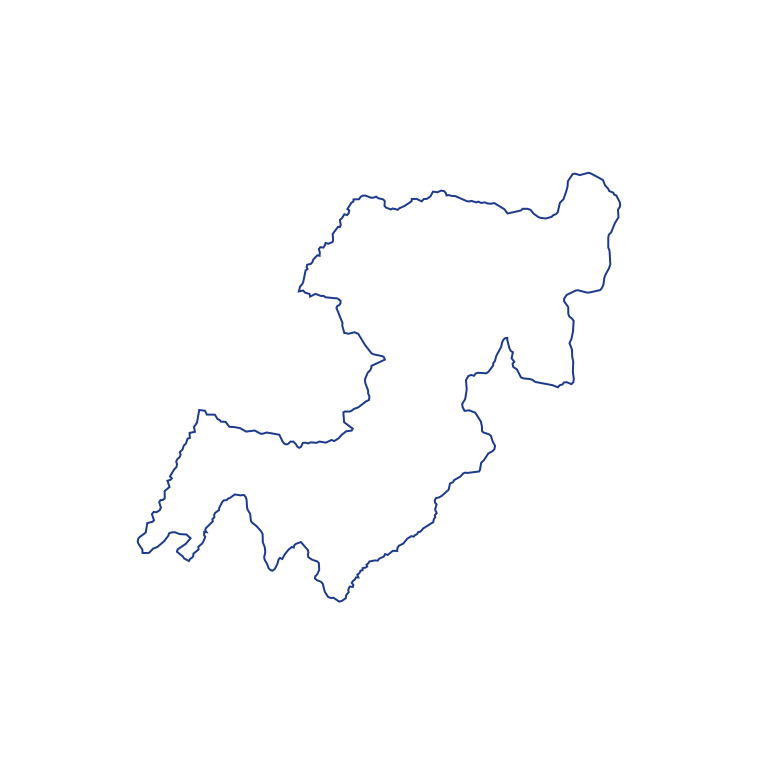 Coração de Jesus, Minas Gerais, Brazil, rotated 336°
{"feature_id": "56859067B17477073660102", "entity_name": "Coração de Jesus", "entity_type": "district", "adm_level": 2, "iso_a3": "BRA", "parent_name": "Brazil", "parent_adm1": "Minas Gerais", "projection": "orthographic", "projection_center": [-44.426, -16.615], "detail": "fine", "context": "isolated", "style": "outline", "palette": "blue", "viewbox_px": 768, "rotation_deg": 336, "n_neighbors": 0, "source": "geoboundaries", "source_scale": "gbopen_adm2", "svg_char_len": 6147}
<svg xmlns="http://www.w3.org/2000/svg" viewBox="0 0 768 768"><g transform="rotate(336 384 384)"><path d="M343.9,264.8L348.1,265.7L349.1,268.5L352.6,271.5L352.1,274.1L358.0,273.8L362.3,278.0L364.6,278.9L366.0,281.1L376.4,287.0L378.2,290.4L377.0,292.6L375.3,293.7L373.2,293.7L371.5,295.1L370.9,311.4L369.6,313.7L368.5,321.2L372.2,323.7L378.0,324.7L380.9,327.7L382.5,340.5L385.0,350.7L386.5,352.6L393.8,357.9L394.9,359.6L394.7,362.1L379.9,362.3L378.9,364.2L376.7,366.0L374.0,366.9L369.9,370.6L368.2,372.5L367.3,375.5L366.8,383.7L365.6,386.3L365.6,389.5L363.8,392.5L360.5,392.6L350.8,394.9L346.5,394.5L343.7,395.2L341.5,395.2L337.3,393.3L335.3,393.4L332.0,402.7L337.3,412.1L335.5,413.4L330.3,411.8L324.3,413.3L320.7,415.1L315.3,415.9L313.3,413.8L307.0,413.9L301.6,410.3L298.4,410.3L293.4,407.5L290.5,407.4L288.2,405.6L285.9,404.8L282.6,407.6L280.5,407.8L279.3,405.9L279.1,403.4L277.8,399.8L275.0,398.6L272.3,399.7L270.2,399.5L268.7,398.1L268.0,395.5L267.7,387.7L257.1,380.6L252.9,380.1L250.9,379.1L247.0,373.9L238.7,371.4L234.6,365.8L229.3,362.2L225.3,360.2L223.9,354.2L219.7,352.0L219.1,349.8L217.7,348.4L217.0,343.2L209.7,339.9L209.6,335.6L204.6,332.6L197.4,343.3L193.0,345.9L191.8,350.8L186.5,349.6L184.7,354.3L182.4,354.0L178.6,358.0L176.1,358.8L173.3,361.9L169.7,363.2L169.5,365.8L167.6,367.7L164.8,368.5L162.7,370.2L162.2,373.3L160.7,375.4L157.6,376.7L150.9,381.3L151.8,383.9L149.9,384.7L146.8,384.3L146.2,390.8L140.1,392.6L137.1,399.4L134.7,399.9L132.6,399.2L130.6,400.4L129.9,406.2L127.7,408.1L124.1,408.6L121.4,407.2L119.1,408.4L118.4,415.0L116.6,415.7L111.2,414.8L105.9,422.8L98.3,424.5L96.4,425.5L94.9,427.8L94.7,429.9L95.9,437.1L94.7,440.1L99.0,442.2L101.0,442.6L106.0,440.5L110.8,440.7L119.4,438.1L125.2,434.9L127.0,433.0L129.8,433.2L132.7,434.4L136.4,438.1L142.3,441.1L144.6,446.2L137.9,449.4L128.1,451.2L126.6,453.0L130.1,459.8L130.4,462.0L133.8,466.4L135.6,465.0L138.2,464.5L139.9,463.5L140.8,461.5L147.2,459.8L148.2,457.2L153.1,455.7L155.0,454.3L158.6,450.9L158.2,448.9L159.5,446.1L161.6,447.2L161.2,445.1L162.4,443.4L171.8,439.8L172.2,437.7L174.8,436.8L175.6,434.4L177.3,433.1L182.1,432.0L183.1,430.1L188.4,425.9L190.3,425.1L193.0,426.1L194.8,425.3L197.2,425.4L202.7,424.2L207.7,427.4L210.9,428.4L211.7,431.0L211.4,433.8L208.8,440.7L208.3,443.4L208.9,448.3L206.8,454.7L207.0,456.8L209.7,461.9L211.7,468.1L212.1,471.6L208.9,479.4L208.7,484.6L207.2,489.2L204.0,493.6L203.5,496.2L204.0,500.9L203.7,505.2L204.3,507.2L205.9,509.2L208.8,508.7L213.5,504.9L216.2,501.6L218.2,500.6L219.9,502.5L224.1,499.2L229.7,496.4L233.5,495.4L235.0,496.7L236.4,494.9L238.7,494.2L243.8,494.6L246.9,504.7L246.5,507.1L245.1,508.8L244.4,511.4L246.8,515.2L251.0,519.1L251.6,521.2L249.2,527.5L245.6,530.7L242.9,531.8L241.8,533.6L242.9,535.9L246.1,539.2L246.8,541.6L245.4,549.7L246.4,556.0L248.5,557.9L250.9,558.7L254.6,564.6L257.3,565.0L261.8,564.2L263.8,561.3L267.0,559.9L267.6,557.5L270.2,555.1L273.0,556.7L274.3,554.9L273.6,552.6L275.5,551.3L277.9,550.8L279.6,549.3L281.9,550.3L282.1,547.3L284.5,546.9L286.6,545.0L288.7,545.4L289.6,543.5L292.2,544.2L294.4,543.9L294.6,541.9L296.6,541.5L298.4,540.2L303.8,541.4L306.5,542.8L308.6,541.6L313.6,541.6L315.9,539.8L317.9,541.7L324.2,540.0L328.2,541.9L329.5,539.3L331.9,537.8L336.7,537.6L342.3,534.8L347.0,534.1L349.0,535.5L350.8,534.7L353.2,534.6L355.0,533.1L357.2,533.7L361.1,531.9L372.8,530.2L374.6,527.7L376.7,526.5L377.1,524.5L379.6,523.4L379.6,519.5L383.1,515.4L382.4,513.3L382.9,511.2L384.9,509.4L388.3,510.0L391.5,509.6L400.0,506.9L403.8,501.8L407.0,501.7L409.2,500.3L416.3,499.6L419.8,497.9L422.2,498.0L423.8,499.1L435.3,502.6L436.8,501.4L440.6,495.6L444.5,494.1L451.0,489.9L456.0,489.5L458.4,488.4L460.3,485.7L459.9,480.5L460.6,474.9L459.5,472.7L455.1,468.7L454.4,466.8L456.2,462.7L457.2,457.6L455.7,447.3L451.1,442.7L446.7,441.3L446.4,437.0L447.3,434.0L451.8,431.0L453.1,429.2L457.4,422.5L460.4,413.9L464.3,411.0L467.3,411.2L469.6,413.1L472.0,411.7L474.2,411.9L481.8,415.8L484.5,415.3L491.2,411.5L492.3,409.4L494.8,408.0L497.9,404.1L506.2,397.7L508.7,394.2L510.8,392.3L513.3,391.4L515.4,392.1L514.5,394.1L513.1,402.3L513.3,405.5L514.7,407.4L511.0,412.4L512.1,416.7L509.7,417.7L509.0,421.0L511.4,424.8L511.8,433.6L513.8,435.7L519.0,438.6L521.3,440.6L523.1,443.7L537.3,453.5L541.5,457.7L544.2,456.6L547.0,457.0L548.9,455.8L551.6,456.6L555.2,460.4L557.8,459.3L559.5,456.5L561.5,449.7L566.0,440.5L567.1,435.4L569.7,429.1L570.1,422.1L573.7,418.9L578.0,412.9L582.9,403.5L582.3,400.6L580.7,397.8L580.9,394.9L583.6,388.7L582.2,381.5L583.4,379.2L587.2,376.9L597.3,376.6L599.3,377.2L606.5,383.0L609.0,384.0L619.6,386.1L621.7,385.2L624.7,382.7L628.3,376.9L630.6,374.4L636.7,369.7L639.4,366.8L644.2,354.1L644.4,350.5L648.5,341.3L650.1,339.1L653.3,337.8L660.3,331.0L666.0,327.1L668.6,320.0L671.5,318.1L672.8,316.0L673.3,313.7L672.9,306.2L671.3,304.7L671.3,302.5L668.3,299.4L668.2,296.9L666.7,292.2L667.0,286.7L658.7,275.9L656.7,274.2L647.8,272.8L644.1,269.5L641.7,269.0L634.4,273.6L632.0,278.3L628.6,282.4L623.1,288.2L618.3,290.1L612.4,298.0L609.8,298.8L607.1,298.6L605.1,299.5L599.2,298.6L595.0,296.2L593.0,294.4L590.0,289.3L588.7,284.5L586.4,282.3L581.8,280.3L579.6,281.2L566.3,278.5L565.0,273.2L558.4,263.6L554.7,262.7L551.7,261.0L550.3,259.3L546.1,257.9L544.5,255.8L542.3,255.7L538.1,252.1L535.9,251.9L534.0,250.6L525.3,241.1L523.4,240.4L519.8,237.7L517.8,237.2L518.2,235.0L517.4,232.3L514.8,230.5L510.8,230.6L507.0,228.2L502.7,231.5L498.5,232.3L495.6,231.2L492.8,232.5L489.0,228.1L484.6,226.3L483.7,228.1L481.3,228.7L475.0,229.7L469.4,229.7L467.4,230.4L463.4,227.2L461.2,227.3L457.5,223.5L456.9,221.5L459.1,217.2L458.4,215.1L454.3,211.9L453.0,209.6L450.6,209.6L448.1,208.7L443.6,204.3L441.4,203.3L438.8,203.5L436.3,205.0L431.2,203.0L430.3,204.8L427.9,205.2L421.7,209.3L422.9,211.3L421.1,213.7L419.0,214.7L416.8,212.8L413.3,215.3L410.4,216.2L409.2,221.1L407.6,222.6L405.9,221.7L398.1,226.1L396.0,231.9L394.5,233.4L390.2,233.2L388.0,231.4L386.3,233.4L384.0,234.7L381.5,233.1L379.4,234.2L378.9,237.6L377.3,240.7L375.5,239.3L369.8,241.6L368.4,243.4L366.2,244.5L362.3,243.8L360.8,245.8L360.9,247.9L358.6,248.3L351.9,257.7L349.9,259.6L347.0,260.8L343.9,264.8Z" fill="none" stroke="#1e3a8a" stroke-width="2"/></g></svg>